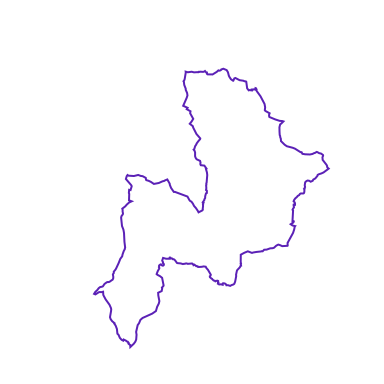 Nocrich, Sibiu, Romania (Albers equal-area conic projection), rotated 243°
{"feature_id": "2599482B38030332657871", "entity_name": "Nocrich", "entity_type": "district", "adm_level": 2, "iso_a3": "ROU", "parent_name": "Romania", "parent_adm1": "Sibiu", "projection": "albers", "projection_center": [24.444, 45.866], "detail": "fine", "context": "isolated", "style": "outline", "palette": "violet", "viewbox_px": 384, "rotation_deg": 243, "n_neighbors": 0, "source": "geoboundaries", "source_scale": "gbopen_adm2", "svg_char_len": 6031}
<svg xmlns="http://www.w3.org/2000/svg" viewBox="0 0 384 384"><g transform="rotate(243 192 192)"><path d="M223.7,295.0L224.8,295.2L226.0,295.9L226.9,296.9L230.9,294.2L231.8,294.0L234.2,295.6L237.5,296.6L246.2,296.5L252.5,295.5L253.4,295.5L254.0,296.1L255.4,296.1L255.7,295.8L255.0,295.4L254.7,294.6L255.2,294.2L255.8,292.7L255.2,292.0L255.0,291.0L255.4,291.6L256.2,291.3L255.8,290.7L256.7,289.6L256.8,288.7L259.3,288.2L265.6,290.4L266.1,290.2L266.8,289.1L267.9,288.2L270.0,285.2L273.9,282.4L274.0,281.3L272.4,279.3L272.5,279.1L274.8,277.9L277.4,277.6L278.8,277.6L282.4,278.4L284.9,278.2L287.6,275.9L287.9,273.8L287.6,273.5L287.5,272.1L287.8,271.2L288.4,270.7L287.8,268.6L287.4,263.7L289.8,259.2L290.5,259.0L291.6,259.5L291.8,259.0L293.9,258.5L293.7,257.7L294.0,256.4L295.5,253.9L295.5,253.4L296.0,252.7L295.8,252.1L296.1,251.5L296.3,251.3L297.7,248.1L299.3,246.3L300.6,242.6L302.1,241.0L301.3,240.7L295.9,236.7L295.2,236.0L294.6,234.8L293.9,234.3L294.2,234.9L290.9,233.7L286.9,233.3L285.9,232.8L282.5,232.6L280.1,231.8L278.3,230.0L272.8,223.3L269.0,226.3L268.2,224.9L264.6,227.3L263.0,226.1L256.6,226.3L255.0,223.7L253.8,221.0L250.3,222.6L248.8,222.3L241.6,222.3L236.0,223.7L235.4,223.2L234.4,220.7L233.1,218.1L232.4,217.4L231.4,215.6L229.2,213.5L229.0,212.7L227.6,213.0L225.8,212.7L222.5,211.0L221.2,210.8L220.0,210.8L218.9,211.1L216.1,213.3L214.5,213.0L213.1,212.1L211.9,212.0L209.9,215.0L206.3,215.5L206.3,214.9L202.7,214.2L200.2,213.3L193.6,209.2L193.3,208.7L191.9,208.1L191.7,207.7L188.9,206.5L187.4,205.4L186.8,205.8L186.3,205.8L184.4,204.8L184.4,203.8L182.2,201.8L180.7,201.0L179.8,199.6L179.2,199.3L178.2,197.4L177.8,197.5L177.6,196.9L177.1,197.2L176.9,196.8L176.3,196.6L176.2,196.2L174.5,195.5L171.8,193.7L171.3,193.6L170.9,192.8L170.9,188.6L172.6,188.6L175.9,188.2L178.6,187.5L181.3,187.5L183.7,187.1L184.8,186.3L186.0,186.0L190.0,185.9L199.9,176.8L200.2,175.9L200.5,175.8L205.1,175.2L208.5,175.5L209.5,175.9L214.4,175.7L214.6,173.1L214.5,172.2L214.9,170.6L215.1,166.5L216.5,161.7L219.6,160.0L221.7,158.4L223.3,156.7L223.7,156.6L225.6,157.2L228.5,155.2L229.6,153.6L231.6,151.8L232.6,147.5L235.4,142.8L236.4,142.3L235.8,141.1L233.6,139.0L226.3,140.8L225.2,141.0L224.4,140.8L221.6,138.1L222.5,137.0L219.8,135.3L218.8,135.2L213.2,132.1L211.1,134.0L211.2,131.2L210.4,128.2L209.5,126.0L208.8,122.3L207.6,122.1L206.1,121.3L204.3,120.8L203.5,120.2L202.5,118.2L201.3,117.2L193.5,114.2L189.6,113.8L186.3,112.8L178.3,109.2L172.8,107.2L172.3,106.6L171.7,106.3L170.3,104.3L167.8,101.7L166.4,100.6L165.0,97.8L162.0,94.4L158.4,89.8L157.6,88.6L156.5,86.1L155.4,85.6L154.5,84.1L152.0,83.3L150.7,82.5L149.9,81.4L149.8,80.0L149.5,78.5L149.5,77.1L150.2,75.7L150.2,74.8L149.8,72.3L148.4,69.8L148.5,68.6L149.0,67.1L148.7,65.3L147.6,63.0L146.9,60.5L145.7,58.5L145.3,58.8L145.4,59.3L144.6,59.6L145.0,63.5L144.7,64.5L143.9,65.8L143.5,67.5L140.7,66.3L139.9,66.2L135.5,66.3L129.0,67.3L125.4,67.1L124.2,66.8L122.5,65.7L117.7,62.1L115.6,61.8L113.1,62.2L110.3,63.4L110.1,63.0L107.6,63.3L104.0,62.9L99.6,61.2L98.2,61.7L94.8,61.5L92.2,62.2L90.8,63.2L91.6,64.1L89.6,65.6L87.8,66.5L87.7,66.8L86.9,67.0L86.1,66.6L85.8,67.0L85.2,66.7L83.7,67.5L81.9,66.7L83.2,71.2L84.4,73.6L85.9,75.3L90.0,77.8L92.7,78.7L98.1,83.2L99.1,85.2L101.5,88.0L102.2,90.8L101.7,101.4L102.3,105.8L105.5,108.8L107.7,111.8L109.6,113.4L115.1,115.0L117.6,116.1L117.5,120.0L119.5,121.6L120.5,121.8L120.6,122.4L121.0,122.9L121.2,123.8L121.7,124.3L129.1,126.4L131.5,125.3L133.9,123.6L134.9,123.2L137.0,125.5L138.7,128.1L139.1,128.4L140.1,128.4L140.4,128.8L141.3,129.2L141.6,129.7L141.8,131.1L141.4,131.6L140.7,131.6L139.7,132.4L139.5,133.0L139.8,133.8L140.5,134.2L141.9,133.8L142.5,134.3L144.4,134.3L146.4,136.3L144.3,138.6L142.7,141.8L143.7,142.3L143.7,142.6L143.3,143.0L142.3,143.1L141.9,144.0L140.8,144.4L140.5,145.1L140.1,145.4L138.8,145.9L135.6,146.4L135.2,146.8L133.5,149.5L131.9,151.2L131.6,152.5L131.3,152.9L131.1,154.2L130.7,154.9L129.9,155.6L128.3,159.6L126.9,160.0L126.9,160.4L126.4,160.9L126.1,160.7L126.1,161.2L124.0,162.1L123.9,162.7L122.6,163.3L122.6,163.7L122.1,164.0L120.9,166.8L120.4,168.6L119.2,170.3L117.7,170.3L115.4,170.9L109.8,171.2L109.1,170.6L108.8,169.6L108.0,169.3L106.1,170.0L105.5,170.5L105.0,170.5L103.3,171.1L102.7,171.9L101.8,172.2L101.8,173.3L101.4,174.5L100.9,174.9L99.0,173.7L98.9,174.1L98.3,173.6L97.3,174.2L96.6,175.9L95.4,177.2L96.5,177.8L96.6,178.0L96.4,178.6L95.6,179.7L94.2,180.4L93.3,180.3L92.6,181.8L91.0,183.4L91.1,184.9L90.8,186.9L91.0,188.0L92.5,189.7L93.9,190.8L97.0,193.2L98.3,193.7L101.5,196.3L101.9,196.9L103.2,200.5L104.2,201.8L104.1,202.3L106.0,202.8L106.0,203.2L107.5,203.6L114.0,207.0L114.1,211.0L113.8,214.8L110.5,217.8L110.3,219.1L109.3,222.3L107.7,226.5L107.6,227.4L107.1,228.0L107.8,230.1L106.8,232.3L106.3,236.1L105.3,238.4L105.1,239.8L105.9,242.6L106.0,244.4L105.9,245.1L104.6,246.4L102.8,247.8L100.7,252.7L100.8,252.9L103.2,254.0L109.7,263.5L112.2,266.0L114.5,267.8L114.8,268.4L116.6,266.3L118.5,265.3L118.7,266.9L118.6,267.5L119.3,269.2L119.9,269.3L120.4,268.3L129.7,273.7L130.5,273.5L131.4,274.6L131.9,275.8L134.3,276.6L134.7,276.9L134.6,277.6L133.8,277.3L133.6,277.7L133.7,277.9L134.8,278.5L136.1,278.8L137.6,278.3L138.4,279.2L139.4,281.0L139.9,283.1L140.5,284.4L140.6,286.1L141.3,287.4L141.3,288.3L140.1,290.7L140.2,291.2L140.7,291.8L142.0,292.7L143.1,293.1L143.5,293.6L144.0,293.4L144.4,294.3L144.9,294.6L145.1,295.0L146.8,295.5L149.2,297.2L149.5,297.9L149.8,299.0L149.7,300.3L148.7,301.6L147.3,302.4L147.2,304.6L148.0,305.7L148.1,308.0L149.4,311.0L150.2,311.8L150.2,313.3L149.8,315.7L149.7,318.1L150.8,324.4L152.0,323.9L153.1,323.8L153.8,324.2L155.1,324.2L161.3,323.0L163.7,324.0L164.8,325.3L165.6,325.5L167.7,324.4L168.9,322.9L170.5,321.9L171.1,321.3L171.0,319.2L171.2,318.6L171.2,316.6L171.9,314.1L174.2,310.0L175.9,307.7L177.7,307.7L178.2,306.8L183.9,303.4L185.7,301.8L189.7,297.3L192.1,296.0L196.9,294.4L199.4,295.4L200.4,295.4L202.1,296.0L202.9,296.0L206.1,297.4L210.0,299.3L212.2,301.2L212.5,302.7L213.4,305.5L214.2,304.7L215.6,302.4L218.9,299.1L223.7,295.0Z" fill="none" stroke="#5b21b6" stroke-width="2"/></g></svg>